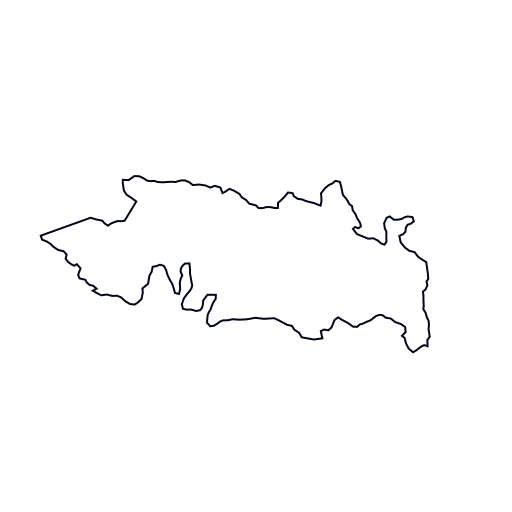 Tietê, São Paulo, Brazil, rotated 302°
{"feature_id": "56859067B13135315679807", "entity_name": "Tietê", "entity_type": "district", "adm_level": 2, "iso_a3": "BRA", "parent_name": "Brazil", "parent_adm1": "São Paulo", "projection": "robinson", "projection_center": [-47.707, -23.049], "detail": "fine", "context": "isolated", "style": "outline", "palette": "ink", "viewbox_px": 512, "rotation_deg": 302, "n_neighbors": 0, "source": "geoboundaries", "source_scale": "gbopen_adm2", "svg_char_len": 3586}
<svg xmlns="http://www.w3.org/2000/svg" viewBox="0 0 512 512"><g transform="rotate(302 256 256)"><path d="M327.7,414.3L331.9,411.3L336.5,407.4L341.0,403.6L341.0,398.4L341.2,394.0L343.3,388.4L341.6,383.2L342.1,377.8L344.2,371.5L349.0,366.9L352.3,369.1L355.6,369.9L359.7,368.0L363.0,368.1L365.3,370.1L369.0,371.5L371.9,368.1L370.0,363.8L367.9,361.7L364.5,359.8L361.8,356.9L359.8,353.5L360.4,348.4L357.6,346.5L351.6,347.3L347.7,350.6L345.7,353.7L341.4,356.3L337.2,359.1L333.7,358.9L332.9,355.4L333.7,351.4L333.2,346.1L330.1,341.9L328.1,330.0L330.3,323.9L333.1,324.6L333.7,328.1L336.7,329.3L339.3,326.7L341.7,321.6L344.1,318.4L346.0,313.9L349.2,311.0L349.4,307.7L351.3,304.6L352.9,300.6L353.8,297.4L357.2,294.1L360.0,291.5L363.3,287.8L361.8,283.6L358.2,282.4L354.8,280.2L350.2,278.6L346.8,278.3L343.6,277.9L339.9,280.7L336.9,282.6L332.9,284.0L331.6,277.1L329.9,272.0L328.9,268.6L328.5,265.3L326.6,261.3L326.8,256.3L328.7,253.7L326.8,249.5L320.8,248.7L315.8,247.5L312.8,246.5L308.3,249.1L306.6,246.4L305.1,242.3L303.1,239.0L300.3,236.4L298.0,232.7L298.9,229.2L296.8,222.6L298.2,218.1L298.2,213.0L299.9,208.9L299.7,202.6L298.9,197.9L294.1,195.8L291.6,194.2L295.2,189.5L293.7,183.9L289.8,180.9L289.0,175.6L286.4,169.8L282.7,164.9L283.2,160.4L282.5,156.0L280.9,153.1L278.6,150.6L276.2,148.7L274.3,145.2L271.4,141.0L269.2,138.1L266.6,133.3L265.9,130.2L263.6,126.9L262.2,123.7L262.3,119.7L261.8,114.8L259.4,110.6L252.8,107.7L250.0,102.7L246.9,104.6L241.5,109.3L239.4,113.8L239.3,118.4L239.1,122.3L238.8,125.6L216.3,125.9L214.1,123.3L212.3,120.1L208.7,117.2L206.3,115.6L203.3,114.5L203.4,110.4L204.5,106.9L202.6,101.9L201.7,98.8L200.7,95.4L159.2,62.7L156.5,65.9L157.4,70.8L157.4,75.1L156.4,79.7L156.3,85.2L158.1,90.3L156.8,94.7L152.9,95.9L151.4,99.7L151.1,103.7L151.4,107.0L154.1,108.4L152.6,113.8L148.7,114.5L145.7,115.2L143.5,118.2L145.4,123.9L143.8,126.7L143.3,130.3L144.5,133.7L143.8,138.1L140.1,136.0L140.3,140.9L140.7,145.6L144.2,149.8L146.1,155.5L148.7,159.2L149.4,163.7L148.4,168.8L148.5,174.7L150.6,178.9L154.4,180.6L158.9,181.7L164.9,179.4L168.4,176.9L175.2,179.2L183.0,176.0L187.2,175.9L192.1,174.1L194.7,176.9L197.7,179.2L198.8,183.0L196.4,187.3L193.3,190.6L190.3,195.2L187.9,199.8L184.8,203.5L181.7,206.9L183.0,210.8L187.8,209.2L193.1,205.4L196.9,204.2L200.4,203.8L202.8,200.3L205.9,198.9L208.8,198.9L212.0,199.8L214.4,203.5L209.5,207.3L206.4,209.1L200.1,214.8L197.1,217.6L194.1,218.4L190.2,218.2L186.2,217.6L182.1,217.3L175.8,218.6L172.5,222.1L173.7,225.4L176.2,229.4L177.6,234.3L180.4,237.3L183.2,237.7L186.3,236.8L190.4,234.8L197.4,235.4L201.8,242.5L198.4,244.5L193.8,244.4L190.5,244.9L186.6,245.8L183.1,245.8L180.3,246.3L173.5,249.7L172.2,254.5L174.6,257.3L178.5,259.2L181.1,260.1L183.8,262.0L186.6,266.2L189.8,269.4L193.3,275.8L197.0,281.2L199.4,284.0L203.2,288.1L206.8,295.8L208.9,298.8L212.9,304.4L213.5,309.5L214.1,318.7L215.8,323.6L213.8,327.5L213.7,333.2L211.3,337.9L213.7,344.0L215.9,349.4L221.3,355.9L226.6,350.8L229.7,352.7L231.3,356.7L235.3,357.9L239.1,357.3L243.4,356.5L247.5,358.2L247.4,362.6L247.9,369.7L247.5,375.7L249.6,379.4L252.8,380.2L255.6,382.7L258.1,384.2L262.2,387.2L265.5,388.4L268.7,389.6L271.4,391.7L272.9,394.7L272.4,398.6L274.4,403.5L273.7,408.8L275.1,415.1L274.8,420.1L270.8,423.2L265.7,422.1L265.3,425.4L261.2,429.7L258.4,434.6L257.6,440.2L260.9,441.9L266.6,444.0L269.5,445.8L270.5,449.3L275.6,445.8L279.6,446.1L282.3,443.8L285.4,441.1L289.5,439.0L292.5,436.7L294.9,432.9L297.7,430.0L299.5,426.1L302.4,424.8L307.3,421.4L311.7,418.6L314.1,416.5L317.7,417.5L322.1,416.8L324.8,414.1L327.7,414.3Z" fill="none" stroke="#020617" stroke-width="2"/></g></svg>